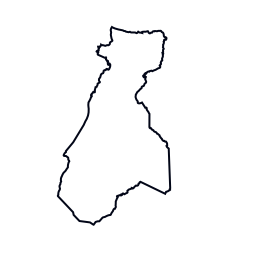 outline of Morazan, Yoro, Honduras, rotated 14°
{"feature_id": "27666195B65366922355243", "entity_name": "Morazan", "entity_type": "district", "adm_level": 2, "iso_a3": "HND", "parent_name": "Honduras", "parent_adm1": "Yoro", "projection": "natural_earth1", "projection_center": [-87.562, 15.347], "detail": "fine", "context": "isolated", "style": "outline", "palette": "ink", "viewbox_px": 256, "rotation_deg": 14, "n_neighbors": 0, "source": "geoboundaries", "source_scale": "gbopen_adm2", "svg_char_len": 5621}
<svg xmlns="http://www.w3.org/2000/svg" viewBox="0 0 256 256"><g transform="rotate(14 128 128)"><path d="M88.0,33.9L87.6,35.2L87.5,37.1L88.5,39.3L88.8,41.8L90.4,45.2L91.5,46.6L91.7,47.1L91.3,47.8L90.3,48.7L89.9,49.3L89.8,49.7L90.0,50.5L90.0,51.1L89.7,51.7L89.2,52.3L88.8,52.5L87.8,52.6L86.0,53.8L84.9,53.7L83.3,53.7L82.5,54.2L81.7,53.7L81.7,54.5L81.3,55.2L81.1,56.1L79.7,56.2L79.3,56.3L79.4,56.6L80.4,57.4L80.6,57.6L80.6,58.1L80.2,58.7L80.7,59.4L80.8,59.8L80.5,60.3L79.3,60.7L79.1,61.0L79.0,61.4L79.2,61.6L80.4,61.3L80.8,61.5L80.9,61.9L80.7,62.8L80.6,63.4L80.9,64.0L81.2,64.2L86.4,65.1L88.5,65.5L89.0,65.4L89.3,65.2L89.5,64.9L89.8,65.2L90.0,66.7L90.2,67.0L91.1,67.4L91.6,68.2L92.1,67.8L92.4,67.9L92.7,68.7L92.8,70.4L93.2,71.2L93.7,71.5L94.3,71.3L94.5,71.1L94.6,70.3L94.7,70.1L95.4,70.7L95.7,71.8L95.8,72.5L95.8,73.2L95.5,75.2L95.1,76.0L94.8,76.2L94.5,76.2L93.6,75.8L93.1,75.8L92.7,76.1L92.4,77.1L92.1,77.4L91.8,77.5L91.1,77.6L90.5,78.7L90.8,79.8L90.6,80.8L89.3,81.8L89.1,82.1L88.9,82.7L88.8,83.5L88.8,85.4L88.0,87.5L88.1,87.8L88.3,88.9L89.1,89.9L89.6,90.2L89.6,90.4L89.4,90.8L88.8,91.3L87.8,92.3L87.8,92.5L88.0,93.3L87.9,94.4L87.5,95.3L87.6,95.6L87.4,95.8L86.6,96.3L86.7,97.1L86.6,98.9L87.0,100.4L87.1,101.3L86.9,101.4L86.7,101.5L86.5,101.2L86.2,101.0L85.6,101.3L85.1,102.8L84.5,103.6L84.7,104.3L84.2,104.7L84.2,105.1L84.6,105.4L84.5,105.5L84.5,105.8L85.1,106.1L84.6,107.7L84.4,109.4L83.9,111.4L83.5,112.7L83.9,115.2L84.5,117.0L85.2,118.8L86.0,122.4L86.2,125.6L85.8,129.0L85.0,131.9L84.3,135.8L78.3,155.1L73.3,165.5L73.6,166.3L73.6,166.5L73.0,167.2L72.6,167.9L72.2,169.4L72.2,170.1L72.6,170.5L73.0,170.5L74.7,170.2L77.0,171.2L77.3,171.6L77.7,173.1L78.2,173.6L78.8,174.0L79.1,174.6L78.7,175.7L78.7,178.2L78.9,179.6L79.2,180.7L78.4,182.7L77.7,184.8L76.3,187.1L75.7,189.2L75.6,190.3L75.3,191.4L75.3,192.2L75.1,192.9L75.5,195.0L76.1,196.1L75.7,197.7L76.0,198.6L75.6,200.4L75.6,201.1L76.0,201.9L76.2,202.6L76.6,203.1L76.7,203.6L76.7,204.4L76.3,205.6L76.1,207.0L76.3,209.0L76.6,209.7L76.4,210.2L76.3,210.5L76.5,211.1L95.1,223.0L96.3,225.5L103.4,230.0L113.9,228.8L117.9,230.2L118.1,230.1L118.2,229.8L119.3,227.0L120.9,226.0L122.8,225.4L123.5,224.0L123.9,223.3L124.6,221.8L125.3,220.8L127.2,219.8L128.5,218.6L130.0,217.5L130.8,217.1L132.0,216.6L132.2,216.4L132.7,214.1L133.4,212.5L133.7,210.5L134.2,209.7L134.8,209.6L135.3,207.6L135.1,207.0L134.7,206.2L134.5,204.8L133.9,202.1L134.0,201.6L134.3,199.6L134.4,198.6L134.7,198.2L134.8,197.7L134.7,197.5L133.9,197.1L133.9,196.8L134.0,196.5L134.3,196.4L134.9,196.4L135.1,195.9L135.6,195.7L135.8,195.4L136.1,195.3L136.5,195.0L136.8,194.9L137.3,195.1L137.5,194.3L138.1,194.6L138.4,194.4L138.6,194.1L138.6,193.1L139.0,192.7L139.6,192.9L140.0,192.9L140.6,193.1L141.8,191.9L142.8,191.2L143.1,190.7L142.6,189.1L143.2,188.3L143.4,187.8L143.7,187.5L146.0,186.0L146.2,185.9L146.1,185.2L146.5,185.2L146.9,185.7L147.3,185.6L148.0,184.8L148.7,183.1L149.4,182.5L149.7,181.9L150.8,181.8L151.4,181.4L151.7,181.0L151.7,179.4L151.8,179.3L152.2,179.2L152.4,179.0L152.4,178.8L152.5,177.8L153.1,177.2L179.9,182.8L179.9,182.1L180.3,181.7L180.4,180.7L181.9,179.8L182.9,178.7L183.6,178.2L183.8,177.8L183.3,177.2L183.5,176.7L183.5,176.2L172.5,138.1L170.7,137.2L170.2,136.8L169.8,136.2L170.2,136.0L170.3,135.7L169.6,133.4L168.2,132.0L167.9,132.0L167.1,132.2L166.3,131.7L165.5,132.0L164.3,131.3L163.7,130.8L163.5,130.3L162.5,129.8L161.9,129.2L161.1,128.7L160.7,128.2L160.5,127.6L160.3,127.4L159.7,127.2L158.3,126.5L157.4,126.4L156.9,125.7L155.9,125.2L154.8,125.2L154.1,124.9L153.7,124.7L153.1,124.0L151.7,123.8L150.9,123.0L150.3,122.6L149.7,122.4L149.5,122.5L149.4,122.8L149.1,122.7L148.8,122.4L148.5,121.8L145.4,109.1L144.8,108.6L144.0,107.6L142.8,106.6L141.7,105.6L141.3,104.1L140.7,103.8L139.9,104.2L135.4,99.9L134.6,100.6L133.3,101.3L132.1,101.5L131.5,101.3L131.3,101.0L131.2,100.4L131.0,99.8L129.3,98.4L128.1,96.6L127.8,95.9L127.6,94.0L127.5,93.6L127.9,92.6L128.2,91.1L129.7,88.9L130.3,87.6L131.5,86.1L131.5,85.7L131.4,85.1L131.4,84.8L131.9,84.1L132.8,83.6L133.2,83.1L133.4,81.1L133.6,80.7L134.4,79.8L134.5,79.4L134.4,78.6L132.8,76.4L132.8,75.8L133.0,74.7L132.9,74.1L132.5,74.1L131.5,74.7L131.1,74.9L130.6,74.5L130.1,73.9L130.1,73.6L130.9,73.1L131.5,72.5L131.4,72.3L130.9,71.9L131.6,70.6L131.8,70.7L132.0,71.0L132.3,71.0L132.6,70.5L132.7,69.9L133.0,69.3L133.2,69.0L133.9,68.4L134.2,68.2L135.0,68.2L135.5,67.4L136.8,66.8L137.0,66.7L137.8,67.0L138.1,66.9L138.4,66.5L138.7,66.2L140.8,64.8L142.6,63.0L144.1,62.0L144.5,61.5L144.5,61.0L144.4,60.6L144.1,60.1L143.7,59.9L143.6,59.7L143.7,59.4L144.4,58.5L144.5,58.1L144.5,57.7L144.0,56.9L144.1,55.2L144.8,54.4L144.9,54.2L144.8,53.8L144.3,52.8L144.3,52.0L144.5,50.7L144.5,49.9L144.4,49.4L144.1,48.8L144.0,48.5L144.1,48.3L143.9,47.9L144.2,47.5L144.2,47.3L144.0,47.1L143.3,46.9L143.1,46.6L143.2,46.4L143.7,45.8L143.5,45.1L143.1,43.9L143.1,43.6L143.4,43.0L143.5,42.5L143.1,42.0L142.4,41.3L142.3,39.8L141.9,38.9L142.2,37.7L142.2,36.5L141.7,35.6L142.0,35.1L141.7,34.0L142.2,33.3L142.6,33.1L143.3,33.3L143.6,33.0L143.7,32.1L143.5,31.3L142.9,30.9L142.3,30.8L142.1,31.0L141.4,30.9L140.6,30.2L139.9,28.3L139.2,27.3L138.6,26.9L137.5,26.7L136.7,25.9L136.2,25.8L133.7,26.5L132.8,27.1L130.6,27.4L130.1,27.9L129.5,27.9L129.2,28.0L128.9,28.2L128.5,28.8L128.2,29.7L127.3,29.9L126.6,30.7L126.3,30.9L125.8,30.9L125.1,30.6L124.0,29.3L123.8,29.3L121.6,30.4L120.4,30.6L118.5,31.3L118.4,31.4L118.4,31.6L118.8,32.4L117.2,32.4L115.9,32.6L114.6,32.1L114.1,33.2L113.7,33.7L113.2,33.9L111.9,33.6L108.0,34.5L107.5,34.5L106.6,34.2L105.4,34.9L103.0,35.0L102.6,35.0L102.1,34.7L100.2,34.8L99.5,34.5L95.0,34.7L91.5,34.6L88.8,34.2L88.0,33.9Z" fill="none" stroke="#020617" stroke-width="2"/></g></svg>